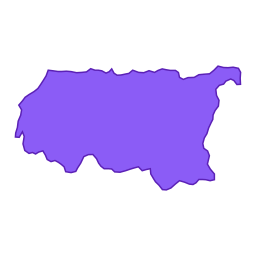 outline of Sardoá, Minas Gerais, Brazil
{"feature_id": "56859067B85118179369931", "entity_name": "Sardoá", "entity_type": "district", "adm_level": 2, "iso_a3": "BRA", "parent_name": "Brazil", "parent_adm1": "Minas Gerais", "projection": "natural_earth1", "projection_center": [-42.402, -18.781], "detail": "fine", "context": "isolated", "style": "filled", "palette": "violet", "viewbox_px": 256, "rotation_deg": 0, "n_neighbors": 0, "source": "geoboundaries", "source_scale": "gbopen_adm2", "svg_char_len": 1766}
<svg xmlns="http://www.w3.org/2000/svg" viewBox="0 0 256 256"><path d="M188.0,77.6L183.3,79.4L179.5,77.4L178.4,72.5L175.4,70.4L170.2,70.4L166.5,69.8L162.2,68.9L158.1,70.4L154.6,72.4L149.0,70.7L143.8,72.7L138.6,72.4L132.7,70.2L128.9,73.4L125.7,74.0L121.0,75.0L117.1,75.2L114.0,73.2L111.7,68.9L109.2,71.7L106.0,73.1L101.8,70.8L98.2,70.2L95.0,70.2L90.7,68.7L86.5,71.9L81.8,72.4L76.5,72.7L71.1,71.6L66.4,71.2L61.6,71.5L58.0,71.5L53.0,70.8L48.2,70.2L46.1,75.9L43.2,80.6L40.4,84.9L37.9,88.5L34.0,91.6L29.0,94.6L25.1,97.3L22.6,100.7L18.8,105.1L21.6,109.9L20.7,115.2L18.2,121.1L17.4,127.5L15.7,133.0L15.4,137.0L19.2,137.3L22.4,131.8L24.2,136.4L23.0,143.9L24.8,150.5L29.0,153.4L32.5,152.5L35.6,154.0L38.6,152.1L42.9,150.9L45.4,155.1L47.2,159.5L51.0,161.6L55.0,160.5L58.4,162.3L61.2,164.3L64.1,166.8L65.7,171.7L71.1,172.6L75.8,171.4L77.6,167.9L80.6,163.3L83.8,156.6L88.4,154.6L92.9,154.5L96.6,158.8L98.6,163.1L100.9,166.2L104.1,168.7L108.4,168.7L111.7,169.0L114.7,171.9L120.1,172.2L125.6,170.7L130.0,169.2L133.6,168.1L138.4,166.8L142.2,170.7L146.4,169.5L150.3,168.7L150.8,174.0L153.5,178.6L155.5,181.8L159.0,185.2L162.4,189.6L166.3,189.9L170.9,188.0L175.4,184.0L179.5,180.7L184.6,182.2L189.3,184.1L193.0,184.5L196.0,182.8L198.8,179.5L202.6,179.5L205.8,179.7L210.1,180.7L214.4,179.7L214.4,174.0L210.3,169.1L207.4,164.1L209.4,155.7L207.6,151.0L203.8,148.3L202.8,143.5L204.3,138.0L206.9,133.7L208.7,127.8L211.1,122.7L212.8,119.4L213.1,114.9L215.1,110.5L218.4,106.1L219.0,100.3L216.5,95.4L215.8,89.3L219.3,85.3L223.6,84.1L225.9,81.1L230.7,79.0L233.9,80.5L236.9,84.5L240.5,84.3L240.2,78.2L240.6,72.3L238.4,68.3L233.2,67.2L228.0,67.7L223.5,67.5L218.0,66.1L214.0,70.2L209.6,73.8L204.3,74.2L198.9,74.7L194.2,77.4L188.0,77.6Z" fill="#8b5cf6" stroke="#5b21b6" stroke-width="1.5"/></svg>